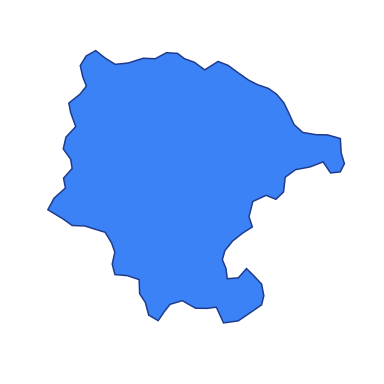 São José do Mantimento, Minas Gerais, Brazil, rotated 14°
{"feature_id": "56859067B49597829255127", "entity_name": "São José do Mantimento", "entity_type": "district", "adm_level": 2, "iso_a3": "BRA", "parent_name": "Brazil", "parent_adm1": "Minas Gerais", "projection": "albers", "projection_center": [-41.765, -20.025], "detail": "fine", "context": "isolated", "style": "filled", "palette": "blue", "viewbox_px": 384, "rotation_deg": 14, "n_neighbors": 0, "source": "geoboundaries", "source_scale": "gbopen_adm2", "svg_char_len": 1229}
<svg xmlns="http://www.w3.org/2000/svg" viewBox="0 0 384 384"><g transform="rotate(14 192 192)"><path d="M323.0,104.2L309.7,103.8L298.3,106.4L285.0,107.4L274.7,101.9L266.6,91.7L259.5,83.2L250.5,76.7L241.1,73.0L229.6,72.0L219.7,69.7L207.3,64.9L196.4,60.4L185.7,59.0L174.8,70.4L162.8,65.5L152.5,64.5L144.4,61.0L133.5,63.0L124.1,71.6L112.3,74.0L99.0,82.2L86.6,86.7L75.7,83.2L64.3,78.1L56.4,85.6L53.0,96.4L58.2,106.8L63.9,114.8L59.7,124.1L51.0,135.5L54.9,144.1L63.4,156.7L56.4,169.2L56.7,181.4L66.3,189.5L70.0,198.1L64.0,209.7L68.2,218.7L59.7,231.3L56.4,244.1L72.4,249.0L83.9,253.5L96.1,250.9L105.7,251.5L117.5,252.1L126.3,260.9L131.7,269.0L132.0,281.2L137.2,290.8L149.6,288.8L161.9,289.8L165.8,303.4L173.4,310.4L179.8,322.0L190.3,325.0L194.0,314.9L197.9,306.3L208.8,299.8L223.5,303.9L234.4,301.4L243.5,297.9L254.3,311.4L268.0,305.9L278.0,294.7L286.8,284.7L286.8,275.3L281.8,264.5L271.7,258.0L263.4,253.1L257.7,264.1L247.2,267.6L243.5,258.0L237.8,250.3L238.1,240.9L243.3,229.7L251.0,219.7L259.0,211.3L253.3,202.2L253.3,186.5L264.7,177.3L275.2,178.8L280.8,169.8L278.9,155.1L287.0,145.3L300.3,139.2L311.9,131.1L321.9,140.0L331.0,136.6L333.0,127.6L327.3,118.0L323.0,104.2Z" fill="#3b82f6" stroke="#1e3a8a" stroke-width="1.5"/></g></svg>